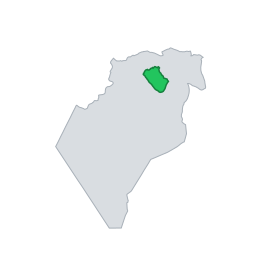 Barh-Signaka, Guéra, Chad (highlighted), rotated 207°
{"feature_id": "50815135B50589595383303", "entity_name": "Barh-Signaka", "entity_type": "district", "adm_level": 2, "iso_a3": "TCD", "parent_name": "Chad", "parent_adm1": "Guéra", "projection": "robinson", "projection_center": [18.652, 10.779], "detail": "fine", "context": "in_parent", "style": "filled", "palette": "green", "viewbox_px": 256, "rotation_deg": 207, "n_neighbors": 0, "source": "geoboundaries", "source_scale": "gbopen_adm2", "svg_char_len": 4706}
<svg xmlns="http://www.w3.org/2000/svg" viewBox="0 0 256 256"><g transform="rotate(207 128 128)"><path d="M184.0,78.6L184.0,84.1L184.1,89.5L184.1,95.0L184.2,100.4L184.2,105.9L184.2,111.4L184.3,116.8L184.3,122.3L184.4,124.1L184.2,124.8L184.0,125.0L181.4,124.5L180.3,124.5L178.7,124.9L176.4,125.1L175.0,125.0L174.0,126.0L173.2,127.1L173.5,129.8L173.5,130.7L173.2,131.6L172.5,132.4L171.8,133.1L171.4,133.6L170.9,134.9L170.5,135.4L170.5,136.2L170.4,137.0L170.0,137.4L168.9,137.8L168.2,138.1L167.7,138.7L167.3,139.1L167.5,139.7L167.8,140.5L167.9,141.7L168.0,142.4L168.6,143.0L168.9,143.4L169.0,143.9L168.7,144.3L167.4,145.2L166.9,145.5L166.3,146.0L166.0,146.1L165.1,147.0L164.6,147.7L164.4,148.3L164.4,149.2L164.9,150.4L165.4,151.5L165.6,152.3L165.8,153.2L165.7,154.1L165.4,154.8L165.0,155.5L163.2,156.7L162.3,158.1L161.6,159.8L161.4,160.7L161.6,161.3L162.0,161.8L162.5,162.0L163.3,162.1L164.6,161.8L165.8,161.7L167.1,162.3L167.7,163.7L167.5,164.7L168.0,166.5L168.4,168.8L168.4,169.5L168.6,169.8L169.4,169.9L169.6,170.5L169.3,174.4L169.7,175.5L170.2,176.3L170.8,176.7L171.4,177.2L171.8,177.6L172.5,177.6L173.3,178.4L173.5,179.3L173.4,180.2L173.0,182.2L172.6,183.6L172.1,183.5L171.2,183.1L170.1,182.9L168.7,182.6L167.3,183.2L165.9,183.9L165.4,184.4L165.0,184.7L164.4,184.7L163.8,184.7L163.5,185.2L163.0,185.8L160.9,186.9L160.5,187.4L160.2,187.8L160.2,188.2L160.4,189.2L160.4,190.3L160.0,191.3L159.4,191.9L158.8,192.1L158.3,192.3L158.0,192.7L156.9,194.8L156.4,195.2L155.5,195.1L152.7,198.3L152.5,199.3L151.5,200.6L150.2,202.1L149.1,202.8L149.0,203.1L148.7,203.4L148.0,203.7L145.6,205.5L142.7,205.4L141.4,206.1L140.1,206.4L138.3,206.8L137.8,206.8L135.4,206.9L132.7,206.9L131.6,207.1L130.6,207.8L129.9,208.4L129.8,208.6L129.9,208.9L129.9,209.1L131.8,210.5L132.3,211.3L131.8,212.0L131.6,212.1L131.2,212.7L130.1,214.3L128.4,216.3L127.5,216.9L127.2,217.2L126.7,218.5L126.4,218.7L125.2,218.9L122.9,219.0L119.7,219.5L117.8,219.6L116.6,219.5L114.9,220.4L114.3,220.6L113.9,220.7L112.2,221.6L110.8,222.9L110.3,223.2L108.4,223.8L107.6,224.7L107.2,224.8L106.0,223.5L105.1,222.4L104.7,221.3L104.7,220.9L104.4,221.0L103.7,221.5L103.2,222.1L102.9,223.2L100.9,223.9L99.1,224.5L98.3,225.3L97.1,225.7L95.6,225.5L94.4,225.2L93.2,225.1L93.8,224.1L94.0,223.4L94.0,222.5L93.9,221.9L93.2,221.6L92.8,221.1L91.8,218.3L90.8,215.3L89.3,212.5L87.7,210.6L86.5,209.5L86.2,209.4L85.6,209.0L85.2,208.7L83.1,206.7L80.9,204.6L80.3,203.6L79.2,202.1L78.0,200.5L77.4,199.8L77.1,198.6L77.9,197.5L78.8,196.0L79.9,195.1L81.4,195.0L83.8,195.4L86.3,195.5L88.8,195.2L89.5,195.0L90.2,195.0L91.5,195.4L93.9,195.3L95.1,194.7L93.8,193.7L92.4,192.2L91.1,190.4L90.3,188.9L89.5,186.9L88.9,184.4L88.4,181.2L88.5,179.4L88.7,178.1L89.5,176.0L89.0,174.7L89.1,173.7L89.0,172.2L88.8,171.5L87.9,169.0L87.7,168.7L86.9,167.0L86.5,164.2L85.6,162.3L84.2,161.4L83.3,160.3L83.0,158.4L82.4,157.8L80.1,157.2L78.2,157.1L76.8,154.9L75.0,152.1L73.3,149.5L72.2,144.2L71.6,141.2L72.4,140.3L73.7,138.1L75.5,134.0L79.5,127.7L81.6,124.5L85.7,119.6L90.7,113.6L93.5,110.3L93.9,104.2L94.5,97.7L94.8,92.8L95.3,87.0L95.7,82.2L96.0,78.6L96.4,73.6L96.7,72.7L98.7,68.7L98.8,68.2L98.5,67.6L95.7,64.2L94.9,63.5L94.4,61.7L95.1,60.8L91.8,55.2L91.0,54.5L90.6,53.8L90.6,52.8L90.6,48.9L89.7,42.9L88.6,35.8L92.5,33.8L95.5,32.2L99.2,30.3L102.7,32.3L107.8,35.2L112.8,38.1L117.9,41.0L122.9,43.9L128.0,46.8L133.1,49.7L138.1,52.6L143.2,55.5L148.3,58.3L153.4,61.2L158.5,64.1L163.6,67.0L168.7,69.9L173.8,72.8L178.9,75.7L184.0,78.6Z" fill="#d9dde1" stroke="#a8b0b8" stroke-width="1"/><path d="M113.1,187.8L113.7,188.2L114.4,188.4L115.4,189.3L117.4,189.0L118.9,188.7L120.0,190.0L120.5,190.2L121.1,190.5L121.5,190.3L122.1,190.6L122.6,190.9L123.0,191.2L123.5,191.6L124.0,191.9L124.5,191.8L125.1,192.2L125.7,192.5L127.3,194.5L127.2,195.8L128.3,196.3L128.9,196.3L129.2,195.0L131.5,195.0L131.9,194.8L132.0,194.8L132.5,193.8L132.6,193.2L132.8,193.0L132.8,192.9L133.4,193.0L133.4,192.5L133.7,192.3L134.2,192.1L134.6,191.5L134.9,191.2L134.8,190.6L135.2,190.1L135.3,189.6L135.7,189.1L136.4,188.7L136.8,189.0L137.4,189.0L137.7,188.5L137.8,188.4L138.4,187.8L138.5,187.7L138.9,186.0L138.7,184.1L139.0,183.7L138.7,183.3L138.6,182.6L138.2,182.5L137.9,182.4L137.2,182.2L136.3,182.0L135.5,181.3L134.5,180.9L133.9,180.7L133.7,180.4L133.4,180.3L133.2,180.3L132.5,179.9L132.0,179.7L131.7,179.6L131.1,179.2L130.7,178.7L130.1,178.5L128.3,177.9L126.7,177.6L125.9,177.0L124.4,176.3L123.3,175.8L122.2,175.2L120.9,174.8L119.7,174.7L118.7,174.8L117.7,174.6L116.9,174.3L116.3,174.3L115.5,174.4L114.9,174.8L114.2,175.4L113.7,175.9L113.2,176.8L113.0,178.7L113.0,178.9L113.0,179.0L112.9,179.5L112.9,179.8L113.2,181.7L113.3,182.2L113.5,183.4L113.5,185.1L113.4,186.6L113.1,187.8Z" fill="#22c55e" stroke="#15803d" stroke-width="1.5"/></g></svg>